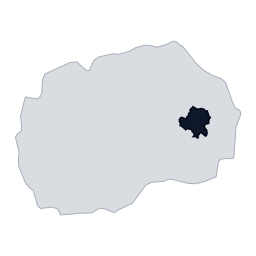 Radovish, Radoviš, North Macedonia (highlighted)
{"feature_id": "65306769B69057078753294", "entity_name": "Radovish", "entity_type": "district", "adm_level": 2, "iso_a3": "MKD", "parent_name": "North Macedonia", "parent_adm1": "Radoviš", "projection": "equal_earth", "projection_center": [22.502, 41.651], "detail": "fine", "context": "in_parent", "style": "filled", "palette": "ink", "viewbox_px": 256, "rotation_deg": 0, "n_neighbors": 0, "source": "geoboundaries", "source_scale": "gbopen_adm2", "svg_char_len": 2449}
<svg xmlns="http://www.w3.org/2000/svg" viewBox="0 0 256 256"><path d="M113.9,53.7L118.8,54.3L129.4,51.4L136.1,47.4L139.4,46.8L143.9,45.2L150.3,45.4L156.9,47.2L165.2,44.9L173.3,41.1L176.6,42.0L180.1,45.2L182.5,46.1L196.0,63.2L203.4,70.1L212.1,75.3L222.1,79.2L225.7,82.9L232.1,101.1L235.2,108.0L239.4,110.1L240.5,112.1L240.6,114.7L235.9,127.5L234.0,156.3L232.8,158.6L227.8,158.5L221.2,159.1L218.6,161.3L216.0,176.9L205.3,181.3L195.6,183.8L187.4,183.2L173.0,179.6L168.3,179.2L164.2,181.3L151.4,182.4L145.7,185.1L132.4,203.3L118.9,209.6L114.3,212.7L104.1,208.7L99.2,208.3L92.0,212.9L76.4,213.4L72.2,214.2L60.2,214.9L59.7,212.4L57.5,208.8L51.9,207.1L40.5,208.5L37.7,205.8L33.2,190.4L29.5,187.9L25.4,182.7L18.6,166.0L18.5,158.6L19.1,152.2L15.4,137.2L17.8,133.5L21.4,131.1L21.5,125.1L20.6,115.9L25.0,98.0L26.1,96.7L27.2,97.5L37.4,98.9L40.1,96.7L41.8,93.1L42.5,80.0L44.9,74.0L69.8,62.5L77.0,62.0L82.6,67.3L87.0,70.7L89.6,70.6L90.6,67.2L93.6,60.7L98.7,56.9L113.8,53.7L113.9,53.7Z" fill="#d9dde1" stroke="#a8b0b8" stroke-width="1"/><path d="M208.2,113.4L207.5,112.2L207.3,110.9L206.0,111.2L205.2,110.6L204.4,109.5L201.8,108.5L201.0,108.8L200.4,108.6L199.8,109.0L199.3,108.9L198.6,109.3L198.0,109.1L197.7,109.3L197.3,109.0L196.9,109.2L196.6,108.9L196.1,109.0L195.1,107.7L194.5,107.7L193.6,107.3L193.1,106.6L191.8,108.1L190.6,108.9L190.1,110.1L190.7,110.1L190.4,111.5L189.5,113.1L188.7,113.3L188.5,115.5L187.9,116.2L187.3,116.4L187.1,116.7L187.0,116.4L186.8,117.9L186.2,118.6L183.3,118.3L182.9,117.6L181.4,117.3L180.1,118.3L179.9,118.9L179.3,119.5L179.6,121.1L179.4,121.9L179.8,122.5L180.4,122.8L180.9,124.1L179.9,125.0L180.0,125.4L181.9,126.3L182.2,126.9L183.3,127.2L184.0,128.2L184.3,127.7L184.9,128.1L184.9,128.8L185.8,129.8L187.2,128.4L189.2,129.1L191.0,129.3L191.6,129.9L192.3,131.8L193.2,132.1L193.4,132.7L194.3,133.9L194.0,135.6L193.2,136.6L195.2,136.4L197.0,137.5L197.2,137.9L197.6,138.0L198.1,137.8L198.4,137.1L197.8,136.3L197.9,135.4L199.3,134.3L199.9,133.0L201.0,132.1L201.4,132.9L202.0,133.1L202.4,133.7L203.3,133.8L203.7,134.2L203.6,134.6L205.3,136.0L205.6,136.1L206.5,135.5L206.6,134.1L207.2,133.1L206.6,131.2L206.8,130.8L206.6,130.0L206.4,129.7L205.4,129.7L204.5,129.3L205.3,128.3L205.0,128.2L204.1,126.2L206.2,123.5L207.1,123.9L207.4,123.5L208.6,123.5L208.8,121.7L208.4,120.6L209.1,119.9L209.1,118.7L209.6,118.5L210.3,117.8L210.0,117.2L209.7,117.2L209.6,116.7L208.9,116.7L208.2,113.4Z" fill="#0f172a" stroke="#020617" stroke-width="1.5"/></svg>